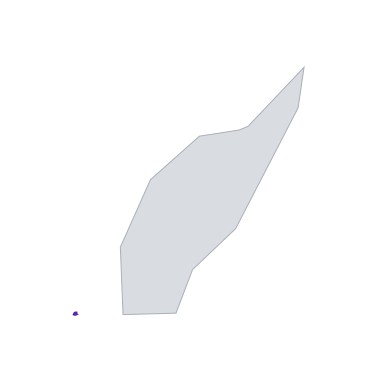 Dngronger, Palau shown in context, rotated 18°
{"feature_id": "81905179B16593070408987", "entity_name": "Dngronger", "entity_type": "district", "adm_level": 2, "iso_a3": "PLW", "parent_name": "Palau", "parent_adm1": "", "projection": "mercator", "projection_center": [134.479, 7.344], "detail": "fine", "context": "in_parent", "style": "filled", "palette": "violet", "viewbox_px": 384, "rotation_deg": 18, "n_neighbors": 0, "source": "geoboundaries", "source_scale": "gbopen_adm2", "svg_char_len": 1121}
<svg xmlns="http://www.w3.org/2000/svg" viewBox="0 0 384 384"><g transform="rotate(18 192 192)"><path d="M214.2,312.2L164.3,329.9L140.9,266.6L148.7,193.1L181.8,136.6L217.7,118.5L225.1,112.1L260.0,38.7L266.9,79.2L244.8,213.4L216.5,265.6L214.2,312.2Z" fill="#d9dde1" stroke="#a8b0b8" stroke-width="1"/><path d="M119.5,342.4L119.4,342.4L119.1,342.4L119.3,342.7L119.0,342.6L118.9,342.5L119.1,343.0L119.3,343.1L119.2,343.2L118.8,342.9L118.5,342.7L118.4,342.6L118.2,342.7L118.2,342.9L118.2,343.0L118.3,343.3L118.2,343.4L118.1,343.1L117.8,342.9L117.7,342.9L117.5,343.0L117.4,343.2L117.4,343.4L117.4,343.5L117.4,343.8L117.3,344.0L117.2,344.5L117.2,344.8L117.1,345.2L117.4,345.3L118.0,345.3L118.3,345.3L118.6,345.2L119.0,345.1L119.5,344.8L119.8,344.6L120.0,344.4L120.2,344.2L120.3,344.1L120.5,343.9L120.4,343.9L120.2,343.6L120.0,343.3L119.8,343.1L119.8,342.8L119.8,342.7L119.6,342.6L119.5,342.4ZM118.9,342.3L118.7,342.4L118.7,342.5L118.7,342.4L118.8,342.4L118.9,342.3ZM119.2,342.3L119.2,342.2L119.0,342.3L119.2,342.3ZM118.5,342.4L118.5,342.5L118.6,342.4L118.5,342.4Z" fill="#8b5cf6" stroke="#5b21b6" stroke-width="1.5"/></g></svg>